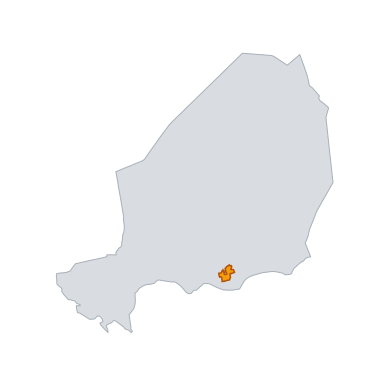 location of Mirriah, Zinder, Niger, rotated 350°
{"feature_id": "23599985B93207740600063", "entity_name": "Mirriah", "entity_type": "district", "adm_level": 2, "iso_a3": "NER", "parent_name": "Niger", "parent_adm1": "Zinder", "projection": "robinson", "projection_center": [9.068, 13.638], "detail": "fine", "context": "in_parent", "style": "filled", "palette": "amber", "viewbox_px": 384, "rotation_deg": 350, "n_neighbors": 0, "source": "geoboundaries", "source_scale": "gbopen_adm2", "svg_char_len": 4296}
<svg xmlns="http://www.w3.org/2000/svg" viewBox="0 0 384 384"><g transform="rotate(350 192 192)"><path d="M297.6,276.5L294.2,276.5L292.3,277.2L289.8,279.3L287.1,280.1L283.7,282.0L281.6,283.5L279.6,284.6L276.9,287.5L276.0,289.7L273.3,290.1L269.5,289.8L267.0,287.6L261.4,285.3L257.7,284.3L256.1,284.1L247.5,283.7L238.3,284.6L233.6,285.6L232.8,285.9L230.1,287.2L227.9,288.8L222.0,295.8L214.1,295.6L209.5,294.8L205.6,293.7L200.0,290.4L193.2,285.4L190.5,284.7L188.1,284.3L187.4,284.4L179.2,289.4L177.6,289.3L175.7,289.8L174.4,291.1L173.5,291.7L172.5,291.8L171.2,291.5L169.9,290.8L168.7,289.4L165.3,283.8L164.6,282.9L163.2,281.2L160.8,278.6L159.1,277.5L158.1,277.1L157.0,277.3L150.4,275.1L143.8,272.8L142.4,273.1L141.4,273.6L139.1,275.3L136.4,275.6L133.0,275.5L131.2,275.3L128.2,275.8L126.2,276.5L123.5,277.7L120.1,280.9L119.1,281.3L118.3,281.8L117.1,290.5L116.2,293.1L114.5,296.6L111.1,299.9L108.7,301.9L108.7,304.6L108.5,309.0L108.4,312.0L108.5,314.0L108.2,314.9L108.0,315.8L108.1,317.1L108.7,317.7L109.0,318.5L108.8,319.2L107.7,319.9L106.5,318.0L104.9,316.6L103.2,315.9L102.1,314.9L101.5,313.5L99.2,310.8L94.1,305.4L93.6,305.3L92.7,305.0L91.3,305.7L90.4,306.6L89.8,306.9L88.8,307.0L86.3,307.7L84.4,308.6L84.3,309.3L85.2,313.4L84.8,315.6L83.9,314.5L81.1,310.4L79.2,307.3L78.8,306.7L78.6,305.6L78.8,305.1L79.5,304.8L81.3,304.4L81.7,304.1L81.8,303.3L81.5,301.7L80.5,299.6L79.5,298.2L78.9,297.9L77.8,297.9L76.7,298.0L74.5,299.8L73.5,300.1L71.2,299.9L69.2,299.6L68.0,298.7L64.4,295.3L60.4,291.7L58.7,291.2L58.3,290.8L58.1,288.0L58.2,284.7L58.4,283.8L60.1,284.3L61.9,284.6L62.4,284.0L61.0,282.8L59.0,281.6L58.2,279.8L57.7,279.1L56.7,278.5L55.7,278.2L54.6,277.6L53.9,277.1L52.7,276.9L51.5,276.5L49.7,273.5L47.9,270.7L46.9,268.4L46.5,267.1L47.1,264.7L46.6,263.8L44.6,261.5L43.0,259.3L43.4,255.9L43.8,253.1L43.8,251.3L44.1,250.3L44.3,249.2L45.4,248.9L48.2,248.9L53.6,249.4L57.9,248.8L58.2,248.7L61.2,245.7L64.7,242.5L69.7,242.2L75.2,241.9L79.6,241.7L85.9,241.5L91.0,241.3L96.8,241.0L97.0,239.6L97.4,239.2L98.0,239.2L102.3,240.0L106.4,240.7L106.7,238.0L110.3,234.5L112.3,233.8L112.8,233.2L113.5,232.1L113.9,230.3L114.1,229.0L114.8,228.0L115.4,226.0L116.2,222.6L118.2,219.0L119.4,214.2L119.6,209.5L119.8,205.9L120.4,205.2L120.4,198.9L120.5,192.5L120.5,187.2L120.5,180.5L120.5,174.6L120.6,168.3L120.6,162.5L120.6,158.8L124.7,157.9L129.0,156.9L135.2,155.6L141.9,154.1L149.2,152.5L150.9,151.5L156.4,146.0L158.9,143.5L163.9,138.6L167.7,134.8L172.6,130.0L177.8,125.2L181.9,121.3L188.3,116.9L198.0,110.3L207.7,103.7L217.4,97.1L227.1,90.5L236.8,83.9L246.4,77.3L256.1,70.7L265.7,64.1L275.4,66.6L284.7,69.0L294.0,71.4L296.2,72.7L301.2,77.4L307.5,83.4L307.8,83.5L308.1,83.5L314.1,80.0L322.0,75.4L324.2,87.9L325.8,98.6L326.0,105.5L326.1,107.2L326.7,108.5L328.2,109.7L334.2,119.6L333.0,121.3L333.9,124.3L335.4,125.7L340.4,131.6L341.0,132.7L340.8,133.6L337.4,140.6L336.8,142.3L336.2,151.1L335.8,157.4L335.2,165.9L334.5,176.2L334.0,184.9L333.2,196.3L332.5,207.1L327.6,213.1L318.9,223.6L311.8,232.2L308.3,237.9L301.3,249.2L298.2,256.4L295.8,260.2L294.6,261.8L295.7,267.2L297.6,276.5Z" fill="#d9dde1" stroke="#a8b0b8" stroke-width="1"/><path d="M206.1,285.3L207.6,285.5L207.8,285.6L208.3,285.6L208.5,285.4L210.1,285.4L210.6,285.1L211.6,285.1L211.9,285.2L212.4,285.2L213.7,285.1L214.1,284.6L214.1,284.0L214.5,283.4L215.1,282.8L215.1,279.4L215.4,278.9L216.1,278.9L216.5,279.3L216.8,279.3L217.3,278.9L218.8,278.8L219.9,278.6L219.9,277.4L219.4,276.8L219.4,276.1L219.2,275.7L218.9,275.4L217.2,275.3L216.7,274.8L217.2,274.4L217.6,273.5L218.1,272.6L218.1,271.7L217.8,271.3L216.7,271.3L216.5,270.8L216.0,270.2L215.4,270.9L214.1,271.0L213.6,271.4L212.9,271.7L212.5,272.5L212.0,272.7L211.5,272.8L211.3,273.1L211.4,273.6L211.4,274.7L211.6,274.9L211.6,275.1L211.4,275.4L211.4,275.8L211.4,276.9L211.8,277.6L212.2,278.7L211.6,278.9L211.3,278.9L210.8,279.2L210.3,278.9L209.6,278.9L209.5,277.6L209.7,277.2L209.9,276.9L209.4,276.6L209.5,276.1L210.0,275.5L208.9,275.3L208.9,275.2L209.2,275.0L209.2,274.4L209.1,274.2L209.0,274.5L208.8,274.6L208.3,274.8L207.8,274.9L207.6,275.1L207.5,275.6L207.2,276.3L206.7,276.7L204.2,276.7L204.2,279.3L204.5,280.7L204.8,280.8L205.2,280.6L205.4,280.4L205.6,280.4L206.4,281.2L206.4,282.5L206.2,283.0L206.2,283.6L206.5,284.0L206.5,284.8L206.1,285.3Z" fill="#f59e0b" stroke="#b45309" stroke-width="1.5"/></g></svg>